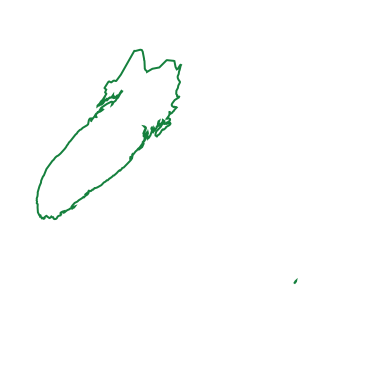 SVG path tracing the border of Murmansk, rotated 122°
{"feature_id": "RUS-2333", "entity_name": "Murmansk", "entity_type": "Region", "adm_level": 1, "iso_a3": "RUS", "parent_name": "Russia", "parent_adm1": "", "projection": "robinson", "projection_center": [34.347, 73.115], "detail": "fine", "context": "isolated", "style": "outline", "palette": "green", "viewbox_px": 384, "rotation_deg": 122, "n_neighbors": 0, "source": "natural_earth", "source_scale": "10m", "svg_char_len": 6110}
<svg xmlns="http://www.w3.org/2000/svg" viewBox="0 0 384 384"><g transform="rotate(122 192 192)"><path d="M90.6,269.3L90.1,269.0L90.1,268.6L90.8,268.6L94.9,267.2L96.8,266.8L99.0,265.8L101.3,265.5L102.1,265.1L103.2,264.1L104.2,262.4L104.8,260.8L105.5,260.3L109.0,260.0L111.3,259.1L114.4,258.9L117.1,257.4L117.3,257.1L117.7,256.0L118.5,255.6L118.9,254.9L118.6,253.9L117.2,253.4L118.9,253.3L123.2,255.4L126.9,255.7L128.4,255.6L129.1,255.2L129.6,254.5L129.7,252.6L129.0,252.0L128.9,251.2L128.4,250.6L128.4,249.8L131.3,250.4L132.9,250.4L134.1,250.8L135.2,250.8L137.1,251.7L137.0,252.3L136.5,252.6L136.3,253.0L135.3,253.8L136.2,253.5L138.2,252.1L138.8,252.2L139.4,252.0L143.3,252.3L143.1,251.9L141.6,251.2L142.0,250.5L141.8,249.4L142.5,248.8L143.9,248.8L145.7,249.6L146.7,250.3L147.1,250.4L147.8,250.1L147.7,249.6L146.0,248.4L146.0,247.8L145.0,247.1L145.4,246.5L145.7,246.4L147.1,246.5L150.4,248.3L151.8,248.3L153.8,248.9L154.3,249.3L154.0,249.5L154.3,249.9L155.8,250.3L157.4,250.1L160.4,250.3L162.3,251.2L163.4,251.1L163.6,251.4L163.3,252.5L163.4,252.8L163.2,253.1L162.1,253.7L159.6,254.4L152.9,253.0L151.9,253.2L148.8,252.9L148.6,252.7L149.0,251.9L148.9,251.4L148.5,250.9L147.9,250.9L148.0,251.8L147.7,252.5L147.1,252.8L145.7,253.0L147.0,253.3L147.1,253.7L146.4,254.5L146.4,254.8L147.3,254.3L148.2,254.1L150.6,254.6L152.3,254.4L152.8,254.8L152.2,255.4L153.9,255.8L153.6,256.1L152.6,256.1L151.7,256.8L149.1,257.5L149.8,257.8L150.5,257.6L152.6,256.9L153.1,256.3L154.2,256.4L154.4,256.0L155.4,256.5L156.7,256.1L160.0,256.5L158.3,257.3L158.0,257.9L159.9,256.9L162.8,256.6L159.4,258.9L158.5,260.2L158.8,260.3L159.9,260.0L160.8,258.7L161.3,258.4L166.4,257.2L167.1,257.5L168.4,257.2L169.6,257.6L169.3,258.1L167.9,258.8L169.2,258.6L167.3,260.1L165.5,260.5L165.1,260.9L166.2,260.6L168.4,260.5L168.8,260.9L166.4,261.5L166.1,261.8L167.8,261.8L167.8,262.2L169.4,261.8L169.9,262.2L169.4,262.7L166.4,264.0L162.4,264.8L161.8,265.3L161.7,265.7L161.6,267.0L161.8,267.5L162.4,265.3L163.2,265.0L164.9,264.9L168.1,264.3L168.5,263.6L170.2,262.7L170.4,262.4L170.2,261.5L170.4,261.2L170.2,260.9L170.3,260.2L171.1,259.7L172.7,259.5L172.9,259.8L172.7,260.2L173.5,259.9L175.0,260.1L174.7,259.5L183.4,260.1L183.3,260.4L183.9,260.6L186.3,260.9L187.2,261.3L192.1,261.8L191.7,262.5L192.0,262.5L192.9,261.9L193.8,261.8L194.6,262.1L194.6,262.5L195.0,262.8L196.5,262.1L196.2,261.6L194.7,260.9L195.2,260.7L197.5,260.8L207.4,262.9L208.8,263.9L209.4,263.8L211.8,264.2L212.2,264.5L212.0,264.9L212.8,265.3L216.0,265.9L219.3,266.9L219.8,267.5L221.0,267.7L223.7,268.7L224.2,269.1L226.8,269.7L227.3,270.5L229.1,270.9L230.6,271.8L234.2,272.5L238.4,274.8L239.9,276.0L240.3,276.7L242.1,277.0L242.5,277.2L242.7,277.7L244.5,278.1L244.8,278.6L245.5,279.0L245.5,280.1L246.0,280.2L246.3,279.8L250.6,281.2L251.4,281.2L247.4,279.7L247.8,279.4L248.6,279.8L249.0,279.7L248.7,279.3L249.4,279.3L251.8,280.4L253.9,280.8L254.3,281.3L254.0,281.5L254.4,281.7L255.6,282.0L259.1,283.7L260.8,284.1L263.4,285.7L266.9,286.3L268.7,286.3L268.8,286.1L267.7,284.8L266.3,283.7L267.6,283.8L268.8,284.6L269.5,284.7L270.1,285.9L271.0,286.8L271.9,287.0L273.4,288.1L275.7,289.0L275.9,289.3L276.6,289.2L277.6,289.8L277.7,290.0L277.5,290.3L276.2,290.5L277.2,291.4L278.6,292.2L279.2,292.4L279.7,292.3L280.1,291.7L280.1,291.2L281.5,291.1L282.0,291.8L283.9,292.9L285.8,292.8L286.5,292.9L287.3,293.5L287.9,294.4L287.9,295.1L287.0,296.3L287.4,296.9L287.3,298.3L288.7,298.4L289.7,299.2L289.6,300.0L289.6,301.6L289.3,302.7L289.8,303.1L291.4,303.6L292.4,303.1L293.0,303.3L293.4,303.8L293.0,304.7L293.9,305.4L293.8,305.7L293.2,306.2L293.2,307.0L293.5,307.7L293.1,308.0L292.3,307.9L292.1,308.2L292.7,308.8L292.7,309.0L290.9,311.9L286.9,314.8L284.3,316.3L283.9,316.9L283.9,317.5L283.7,317.8L282.1,318.4L281.5,319.3L280.6,319.6L279.7,320.3L277.5,320.8L275.2,321.9L274.0,322.7L268.0,324.4L264.2,325.0L262.3,325.9L257.9,326.6L256.4,326.4L249.7,327.6L239.7,326.9L238.0,326.4L235.3,326.2L233.5,325.7L231.8,324.7L229.1,323.9L222.9,322.8L220.7,322.6L218.9,322.7L217.1,322.5L215.2,322.6L213.1,322.1L205.0,321.2L203.5,320.7L201.6,320.7L198.8,320.0L197.7,319.2L195.6,318.7L190.9,316.3L189.6,316.0L185.8,317.5L184.4,317.6L183.7,317.4L182.5,315.7L183.0,315.3L184.8,315.5L185.1,315.3L185.1,315.1L184.6,315.1L184.3,315.3L180.2,314.8L179.6,314.5L178.9,314.8L178.3,314.8L178.9,314.2L179.4,313.5L179.3,312.9L179.0,312.7L178.5,313.6L177.9,314.2L175.9,314.5L175.0,313.9L174.7,313.9L174.5,314.3L174.1,314.3L173.0,312.8L171.5,312.0L171.1,312.1L170.3,311.5L170.2,311.7L170.5,312.3L169.2,311.5L169.2,312.1L170.8,313.2L169.2,312.5L170.0,313.3L168.7,312.8L169.8,313.6L168.6,313.6L162.5,310.9L158.5,308.5L157.9,307.8L157.8,307.0L158.1,306.7L160.5,306.1L159.9,305.9L157.4,306.1L155.2,305.2L152.3,305.2L151.2,304.7L146.3,305.0L143.7,304.5L142.8,304.8L144.0,304.8L143.8,305.4L146.6,305.5L148.4,305.2L149.3,305.4L150.8,306.5L149.7,306.4L150.1,306.7L151.7,306.9L153.1,307.3L153.8,308.0L153.8,308.5L153.1,309.0L151.3,308.9L152.9,309.4L152.6,309.5L152.6,309.8L151.7,310.3L153.7,310.4L155.8,311.5L155.6,311.9L156.2,312.2L159.2,312.5L159.8,313.3L157.2,313.3L160.5,314.4L163.8,314.4L165.8,315.1L166.0,315.3L165.9,315.7L163.4,315.2L162.8,315.2L162.3,316.0L161.4,316.4L159.9,316.2L158.7,316.3L159.0,316.6L154.4,316.6L154.0,316.8L153.7,318.2L153.5,318.5L150.6,319.0L150.3,321.1L150.1,321.3L143.2,321.3L142.5,321.1L142.1,320.7L142.0,319.1L141.7,318.5L139.3,317.6L138.6,316.7L138.3,315.5L137.9,315.1L130.2,314.5L102.9,315.7L102.3,314.6L98.8,311.3L98.2,309.9L99.1,308.2L104.5,303.2L105.5,302.5L106.0,301.8L112.4,297.4L113.2,296.1L113.5,294.2L114.0,293.8L108.5,290.9L103.7,285.7L93.8,283.4L93.4,283.0L90.5,277.1L90.3,276.3L94.7,272.2L96.1,269.9L95.0,269.3L90.6,269.3ZM176.7,258.6L180.3,258.1L183.2,259.2L182.8,259.4L177.4,259.2L176.6,258.9L176.7,258.6ZM161.6,316.8L162.5,316.8L162.3,316.6L162.5,316.4L164.1,316.3L164.4,316.2L164.4,315.9L165.0,315.9L167.6,316.4L168.3,317.2L169.4,317.6L168.8,317.9L163.9,316.7L163.3,316.9L163.8,317.2L163.5,317.2L161.6,316.8ZM212.0,56.7L212.8,56.4L215.5,56.8L214.6,56.9L212.7,56.9L212.0,56.7ZM150.8,305.1L151.6,305.5L151.4,305.9L150.5,305.4L150.8,305.1Z" fill="none" stroke="#15803d" stroke-width="2"/></g></svg>